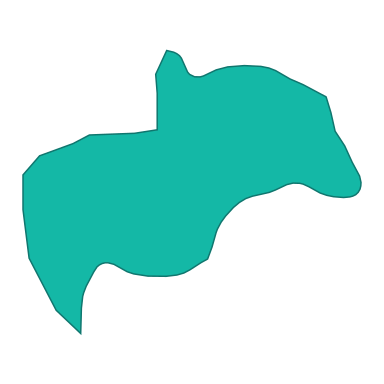 the district of Puñal, Santiago, Dominican Republic
{"feature_id": "3306468B15896052245603", "entity_name": "Puñal", "entity_type": "district", "adm_level": 2, "iso_a3": "DOM", "parent_name": "Dominican Republic", "parent_adm1": "Santiago", "projection": "robinson", "projection_center": [-70.606, 19.379], "detail": "fine", "context": "isolated", "style": "filled", "palette": "teal", "viewbox_px": 384, "rotation_deg": 0, "n_neighbors": 0, "source": "geoboundaries", "source_scale": "gbopen_adm2", "svg_char_len": 1103}
<svg xmlns="http://www.w3.org/2000/svg" viewBox="0 0 384 384"><path d="M326.1,96.9L303.4,84.8L290.1,79.0L275.6,70.6L268.9,68.0L260.9,66.4L244.3,65.6L227.7,66.9L216.2,69.9L203.4,76.0L200.2,76.9L194.6,76.8L189.6,74.4L187.6,72.1L181.4,58.2L179.5,55.7L176.8,53.7L173.7,52.2L166.7,50.5L155.7,74.3L157.2,93.3L157.2,129.8L134.6,133.3L89.4,135.0L72.8,143.7L39.6,155.8L23.0,174.9L23.0,209.6L29.1,258.2L56.2,310.3L80.7,333.5L81.4,308.1L82.7,296.4L83.7,292.7L86.2,286.2L93.7,272.0L97.0,266.9L99.4,264.9L102.2,263.5L105.1,262.8L108.1,262.8L113.9,264.3L127.1,271.7L133.7,273.9L147.9,276.1L166.2,276.3L177.0,275.0L183.9,273.0L189.8,269.9L201.1,262.6L207.6,259.0L212.0,247.1L216.1,232.6L217.4,229.1L221.1,222.2L225.7,215.9L233.5,207.4L239.3,202.5L245.7,198.6L252.4,196.2L269.3,192.4L275.4,190.0L286.8,184.6L293.1,183.1L299.8,183.3L303.1,184.1L308.8,186.7L320.1,193.0L326.7,195.3L333.5,196.7L343.6,197.5L349.9,196.9L352.8,196.1L355.7,194.7L358.2,192.3L360.0,189.2L360.8,185.9L361.0,182.5L359.6,176.1L352.1,162.1L344.7,145.9L335.1,131.2L330.9,112.6L326.1,96.9Z" fill="#14b8a6" stroke="#0f766e" stroke-width="1.5"/></svg>